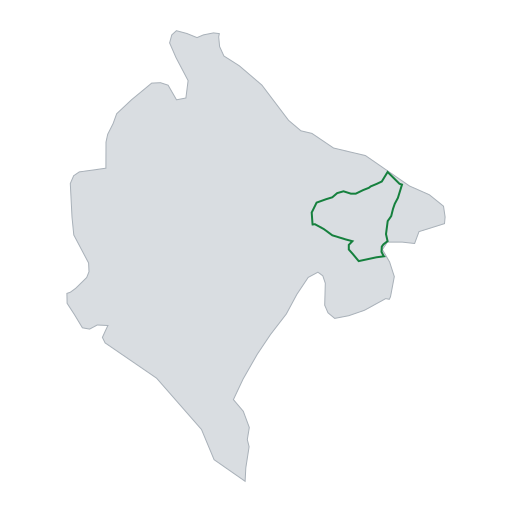 where Berane sits in Montenegro
{"feature_id": "MNE-1509", "entity_name": "Berane", "entity_type": "Municipality", "adm_level": 1, "iso_a3": "MNE", "parent_name": "Montenegro", "parent_adm1": "", "projection": "albers", "projection_center": [19.918, 42.855], "detail": "fine", "context": "in_parent", "style": "outline", "palette": "green", "viewbox_px": 512, "rotation_deg": 0, "n_neighbors": 0, "source": "natural_earth", "source_scale": "10m", "svg_char_len": 1783}
<svg xmlns="http://www.w3.org/2000/svg" viewBox="0 0 512 512"><path d="M219.3,33.6L218.7,36.9L219.6,46.6L223.9,56.0L239.3,65.8L261.9,85.1L288.6,120.4L300.9,130.8L311.9,133.4L333.5,148.0L348.6,151.6L365.5,155.6L409.5,186.0L429.4,194.8L443.5,206.2L445.1,217.0L444.5,223.6L419.0,231.6L414.6,243.5L402.2,242.1L387.3,242.1L382.4,249.6L389.6,262.0L394.3,276.6L390.5,296.7L389.3,299.3L385.7,298.6L364.6,310.2L348.8,315.7L334.7,318.4L328.0,312.8L324.7,305.2L325.3,283.2L322.8,275.8L317.9,272.2L308.2,277.4L296.9,294.3L286.3,314.0L270.5,334.5L257.3,354.2L243.1,379.0L233.4,399.6L243.3,411.3L249.3,427.5L247.3,439.6L249.1,446.7L245.8,467.9L245.1,481.3L214.1,459.7L201.5,429.5L156.6,378.2L105.1,342.9L102.4,337.4L105.4,330.8L107.9,325.5L97.2,325.0L89.6,329.1L82.4,327.8L74.5,314.7L67.1,303.3L66.9,293.4L70.4,292.2L75.7,288.3L86.7,277.5L89.0,271.7L88.6,263.0L73.8,235.0L72.0,217.0L70.3,183.5L73.7,175.7L79.3,171.9L105.9,168.2L106.0,142.1L107.7,134.3L113.1,123.6L116.7,113.7L131.6,99.7L151.7,83.1L160.5,82.7L168.1,85.2L176.5,99.8L185.9,98.0L188.1,80.6L176.0,57.6L169.6,42.9L171.8,34.9L176.4,30.7L186.9,33.5L197.0,37.6L203.4,34.9L213.5,32.9L219.3,33.6Z" fill="#d9dde1" stroke="#a8b0b8" stroke-width="1"/><path d="M387.6,241.1L383.4,244.4L381.8,246.6L381.5,251.9L383.7,256.1L383.9,256.3L376.4,257.3L358.7,261.1L352.8,254.0L348.8,249.5L348.8,244.9L352.4,241.2L345.6,239.4L332.3,235.3L323.7,229.0L314.9,224.2L312.6,224.5L312.5,223.9L311.7,212.5L313.3,209.3L316.6,202.6L317.2,202.4L326.1,199.2L332.3,197.3L337.2,193.1L343.5,191.3L351.0,193.7L355.7,193.7L363.1,190.1L368.9,187.8L370.7,186.4L376.7,183.9L381.8,181.5L387.6,172.0L399.5,183.8L402.0,184.6L397.9,197.9L394.8,203.7L393.0,208.9L391.2,216.1L387.7,221.1L386.0,234.1L387.5,240.9L387.6,241.1Z" fill="none" stroke="#15803d" stroke-width="2"/></svg>